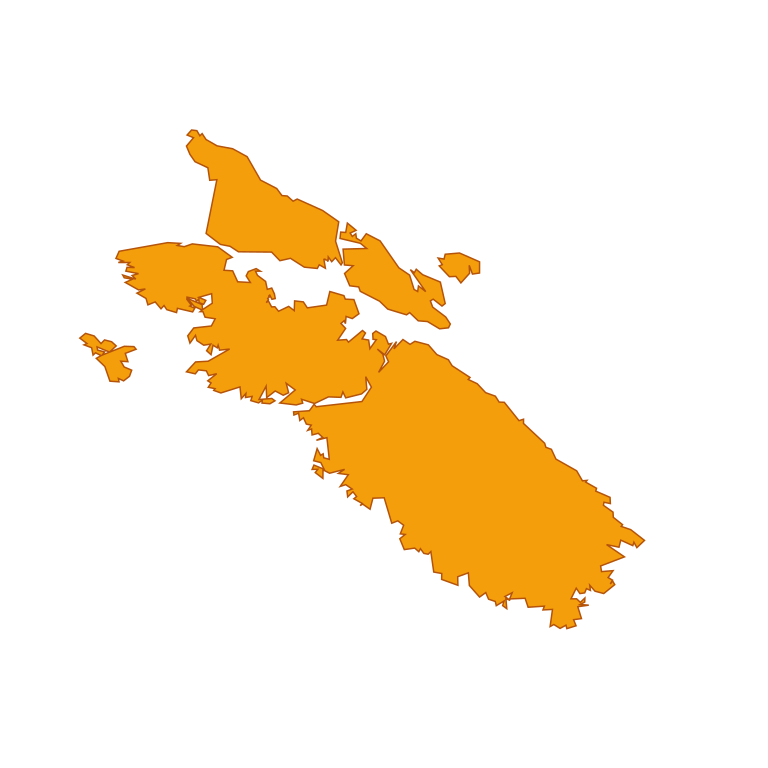 outline of Karmøy nor, Rogaland, Norway, rotated 305°
{"feature_id": "86288312B31081381702542", "entity_name": "Karmøy nor", "entity_type": "district", "adm_level": 2, "iso_a3": "NOR", "parent_name": "Norway", "parent_adm1": "Rogaland", "projection": "orthographic", "projection_center": [5.261, 59.278], "detail": "fine", "context": "isolated", "style": "filled", "palette": "amber", "viewbox_px": 768, "rotation_deg": 305, "n_neighbors": 0, "source": "geoboundaries", "source_scale": "gbopen_adm2", "svg_char_len": 6161}
<svg xmlns="http://www.w3.org/2000/svg" viewBox="0 0 768 768"><g transform="rotate(305 384 384)"><path d="M340.8,90.9L333.1,92.4L335.0,99.6L331.1,96.7L337.7,106.0L334.4,105.3L336.3,112.9L332.2,106.6L328.4,107.8L333.6,119.6L328.4,115.4L327.7,119.9L327.3,119.9L323.4,107.5L322.0,110.3L325.6,117.8L318.8,113.8L320.3,129.0L325.0,134.0L316.7,129.5L317.6,140.0L313.4,145.2L320.0,149.5L317.7,158.2L322.1,158.8L320.3,163.4L323.5,173.1L327.5,171.4L333.3,185.9L337.6,185.5L336.4,180.2L338.0,181.0L340.3,173.9L342.2,172.8L345.5,180.6L344.2,183.1L347.5,183.5L344.6,185.8L345.8,190.5L350.3,190.1L348.8,182.6L359.1,191.0L351.7,197.0L340.8,192.7L344.7,189.5L341.4,173.8L338.7,184.0L340.3,192.6L337.8,191.9L339.4,194.2L336.1,199.1L340.6,208.3L332.5,209.3L320.8,196.0L310.9,195.6L306.2,201.6L315.7,201.7L312.2,205.9L312.4,214.1L317.3,219.2L309.5,219.6L308.8,225.5L317.7,221.7L318.0,226.7L320.6,225.9L317.4,229.9L324.1,237.5L301.8,226.9L294.0,217.0L280.7,215.2L284.1,223.6L289.1,223.9L292.9,230.9L290.3,235.5L296.5,241.1L285.5,237.8L285.7,241.7L280.5,241.9L283.3,248.3L281.1,248.2L283.1,255.5L299.0,267.7L290.1,275.5L297.0,276.3L293.5,278.3L298.2,283.1L294.0,284.4L296.6,292.1L301.1,293.6L298.4,295.0L302.4,301.9L307.7,304.3L307.8,300.4L299.6,290.5L314.6,288.7L305.6,295.7L315.9,298.9L317.0,307.9L322.1,310.9L328.5,303.5L328.2,314.7L308.7,309.6L316.5,324.1L321.7,328.4L324.2,325.2L328.2,338.3L341.6,345.9L348.4,356.4L353.9,354.9L350.7,360.6L363.0,371.3L369.8,373.0L379.5,364.8L374.2,375.5L357.0,376.0L326.5,341.5L327.3,338.4L319.3,338.2L309.3,325.9L306.9,328.0L311.1,330.8L305.8,336.0L310.1,337.4L306.6,343.4L308.6,348.0L302.3,348.1L305.6,350.5L301.0,354.3L305.9,358.4L305.1,364.5L299.1,360.9L307.3,368.0L290.9,382.4L289.0,376.9L291.9,374.2L289.2,373.0L292.7,366.3L280.8,370.4L283.4,377.3L279.8,383.9L277.4,373.1L272.8,374.1L276.2,378.7L272.0,378.5L271.6,388.1L278.7,383.3L279.7,390.6L291.5,400.7L284.6,397.9L289.2,406.8L275.0,406.9L279.6,410.4L279.7,418.2L275.1,415.0L270.7,419.0L277.9,420.4L276.1,426.1L272.7,425.1L273.7,434.7L270.7,434.2L273.4,435.4L273.4,444.4L284.1,440.4L290.9,449.4L274.4,470.2L279.8,473.8L279.6,481.1L270.6,483.3L272.9,487.6L266.3,485.7L260.0,495.6L267.2,503.3L266.6,508.7L270.0,508.3L268.1,513.8L269.9,517.8L273.6,518.5L258.5,532.6L261.9,540.0L257.0,543.3L261.5,560.0L268.4,554.9L277.7,561.4L267.9,569.5L264.3,584.5L271.5,587.0L267.7,593.1L269.7,599.9L266.8,603.1L275.1,606.8L270.5,608.3L270.4,613.4L278.1,607.0L279.1,611.5L279.3,604.9L286.5,608.7L280.0,610.2L289.4,622.5L283.8,630.1L294.0,642.8L290.1,643.8L296.0,651.3L280.6,659.2L284.4,661.1L284.8,668.4L290.8,671.4L288.5,674.1L296.1,680.0L299.7,674.5L305.1,680.3L312.7,670.5L320.3,678.6L315.8,671.1L320.5,673.5L323.9,671.3L317.8,670.1L318.5,665.0L315.3,660.4L327.0,658.6L324.7,664.7L328.0,668.2L332.5,667.2L333.3,671.5L337.2,667.9L335.3,675.7L338.4,684.2L352.0,688.1L353.8,684.2L349.9,684.1L354.4,683.7L354.0,678.6L362.5,678.7L355.1,669.8L359.2,665.8L380.3,680.1L380.1,658.4L385.1,670.1L391.9,667.5L394.3,680.5L397.7,679.5L395.0,685.0L405.3,687.1L406.2,669.7L403.4,660.0L405.6,660.1L406.3,648.3L410.4,645.1L410.5,633.3L413.3,632.0L415.9,638.0L420.8,634.2L417.7,618.9L420.5,617.9L419.3,605.5L421.5,605.6L418.5,602.1L423.4,591.6L421.1,567.9L426.5,558.6L425.0,552.9L427.6,549.6L431.7,520.9L435.2,518.5L431.4,515.6L438.0,493.0L435.2,488.7L437.9,482.2L435.2,472.2L437.7,460.2L436.0,450.4L438.7,450.7L438.0,429.3L440.8,422.8L438.4,410.4L441.5,397.9L436.7,384.8L431.4,382.6L431.3,374.0L418.5,372.0L425.9,369.9L408.1,369.4L404.8,375.0L390.4,372.9L403.0,371.4L407.7,366.0L408.8,358.5L408.3,367.8L421.6,366.9L419.2,364.8L423.7,358.0L422.8,347.0L418.9,345.8L414.3,349.4L415.9,352.3L404.8,352.2L411.2,346.2L408.4,340.2L415.1,339.6L415.5,335.7L397.9,330.9L398.9,327.8L393.3,320.9L407.5,320.7L408.9,314.0L413.1,315.1L411.3,317.8L417.6,314.2L419.4,320.5L427.2,323.2L435.9,310.9L431.3,303.6L433.4,300.5L428.7,286.6L415.7,291.7L402.4,277.5L405.0,270.8L400.8,263.1L392.6,268.4L392.9,261.4L383.1,255.9L384.7,250.3L382.7,247.7L385.8,241.6L383.1,240.9L386.8,241.0L387.4,239.6L389.0,240.2L389.9,239.2L390.7,239.2L391.3,239.4L389.1,243.6L391.6,245.9L394.9,242.6L398.2,237.0L394.6,234.1L400.1,228.2L400.4,218.1L402.7,214.0L405.5,218.0L405.2,213.1L398.3,208.4L393.5,209.1L390.5,216.3L383.8,205.5L389.9,195.1L385.4,187.7L395.7,183.6L400.7,187.0L401.0,169.1L388.8,146.6L381.9,141.6L378.9,135.2L382.5,136.7L375.7,125.7L340.8,90.9ZM405.3,151.9L404.5,169.9L408.5,178.9L408.8,188.9L427.6,216.3L425.3,228.0L433.3,235.3L434.0,251.7L440.4,263.1L444.5,262.6L445.2,269.6L451.6,263.3L452.4,264.0L452.2,265.1L452.9,266.5L452.4,267.3L452.8,267.6L456.1,265.5L454.2,271.0L459.6,271.8L456.9,280.5L459.5,280.3L473.2,262.4L490.9,253.9L490.9,234.2L485.7,206.8L481.6,204.7L482.5,196.9L479.8,192.3L482.6,184.0L480.2,165.9L491.7,141.5L489.9,125.1L483.3,110.6L482.2,98.0L484.8,91.4L481.7,90.8L484.2,85.4L481.7,80.7L475.0,79.9L476.5,86.7L465.6,85.7L460.8,93.3L457.7,101.7L460.1,115.7L450.9,124.4L455.5,129.9L405.3,151.9ZM483.6,261.4L478.0,264.5L485.7,283.9L485.1,292.1L471.0,273.1L458.8,283.3L463.2,290.9L451.9,288.3L444.8,299.6L449.0,307.6L446.3,311.4L449.3,332.9L447.5,344.1L453.6,362.8L457.2,364.1L455.4,375.8L460.1,383.8L461.1,397.9L467.0,404.6L471.2,403.9L474.3,396.1L474.9,379.8L478.7,374.3L481.7,375.6L481.1,386.8L485.0,388.0L499.8,371.7L495.7,353.0L496.5,344.6L492.6,345.0L492.8,340.0L483.6,365.2L484.1,356.0L479.1,358.5L478.7,354.4L487.9,342.5L487.7,329.5L499.0,298.7L496.9,283.3L488.0,283.1L487.6,277.8L490.9,274.7L486.7,273.4L488.2,269.7L493.9,273.0L494.8,261.7L486.2,265.7L483.6,261.4ZM254.3,110.5L247.1,108.5L246.8,117.5L244.0,115.8L246.0,123.7L240.8,129.1L244.1,129.8L245.0,136.0L240.0,133.6L238.2,145.3L229.1,157.9L233.8,165.7L236.2,163.2L237.2,168.9L244.3,171.1L250.6,169.4L248.9,161.4L251.7,155.3L255.4,161.4L260.7,154.5L270.3,161.0L271.2,157.7L265.9,149.6L246.1,136.6L250.0,136.7L247.5,129.9L249.8,127.7L252.7,140.8L261.6,142.8L262.4,136.6L259.8,129.8L254.8,129.0L257.1,119.0L254.3,110.5ZM520.8,361.5L518.2,356.1L515.2,363.3L512.4,361.5L509.4,376.0L513.4,381.2L510.9,389.0L523.8,390.6L530.1,385.7L524.8,393.4L529.7,398.6L538.9,392.2L534.6,370.7L525.4,359.7L520.8,361.5Z" fill="#f59e0b" stroke="#b45309" stroke-width="1.5"/></g></svg>